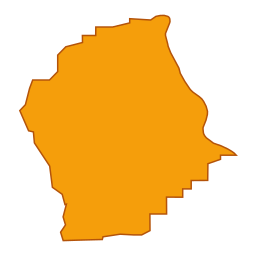 the district of Scott, Missouri, United States of America
{"feature_id": "52423323B46745928167529", "entity_name": "Scott", "entity_type": "district", "adm_level": 2, "iso_a3": "USA", "parent_name": "United States of America", "parent_adm1": "Missouri", "projection": "mercator", "projection_center": [-89.519, 37.056], "detail": "fine", "context": "isolated", "style": "filled", "palette": "amber", "viewbox_px": 256, "rotation_deg": 0, "n_neighbors": 0, "source": "geoboundaries", "source_scale": "gbopen_adm2", "svg_char_len": 1123}
<svg xmlns="http://www.w3.org/2000/svg" viewBox="0 0 256 256"><path d="M63.2,240.6L75.6,240.2L94.3,239.7L102.3,239.5L103.0,236.8L120.1,234.2L133.5,234.9L141.7,234.9L150.0,230.6L149.9,214.0L166.6,214.0L166.5,197.1L182.7,197.2L182.7,188.9L191.2,188.9L191.2,180.5L207.7,180.4L207.9,163.7L220.5,159.3L220.5,155.2L236.2,155.2L234.2,153.1L231.5,151.2L227.8,149.0L221.0,145.8L213.5,143.2L206.3,137.8L204.7,135.8L203.7,133.9L203.4,132.8L203.0,128.9L203.1,127.4L206.0,120.1L207.4,114.4L207.5,111.3L206.1,106.3L203.6,101.4L201.8,98.9L199.4,96.8L193.0,92.2L191.0,90.3L189.8,88.9L184.7,81.3L180.3,73.4L178.9,68.1L170.7,52.8L168.1,46.2L167.7,44.0L165.5,35.5L165.5,33.4L169.7,22.8L170.0,21.5L169.8,19.0L169.5,18.1L168.7,17.0L167.8,16.4L164.2,15.4L160.2,15.5L155.9,16.4L150.7,20.0L129.7,18.7L129.7,22.9L112.7,27.0L95.8,27.0L95.7,35.5L90.0,35.5L82.4,35.5L82.5,42.5L65.8,46.8L57.7,55.1L57.7,71.6L49.5,80.0L32.7,80.0L29.6,88.3L25.4,104.7L19.8,110.6L28.6,130.8L33.4,131.9L34.4,142.9L49.7,166.1L52.4,187.3L62.2,194.3L65.0,204.6L66.4,204.2L63.1,216.9L65.5,224.9L60.6,232.2L63.2,240.6Z" fill="#f59e0b" stroke="#b45309" stroke-width="1.5"/></svg>